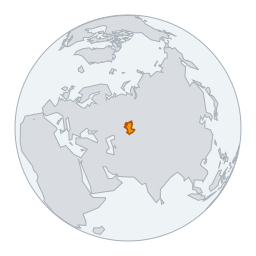 Qostanay highlighted on a globe, orthographic projection
{"feature_id": "KAZ-3196", "entity_name": "Qostanay", "entity_type": "Region", "adm_level": 1, "iso_a3": "KAZ", "parent_name": "Kazakhstan", "parent_adm1": "", "projection": "orthographic", "projection_center": [62.901, 51.427], "detail": "fine", "context": "on_globe", "style": "filled", "palette": "amber", "viewbox_px": 256, "rotation_deg": 0, "n_neighbors": 0, "source": "natural_earth", "source_scale": "10m", "svg_char_len": 12854}
<svg xmlns="http://www.w3.org/2000/svg" viewBox="0 0 256 256"><circle cx="128" cy="128" r="113" fill="#eef3f6" stroke="#a8b0b8"/><path d="M137.2,15.7L138.9,16.0L137.9,17.5L135.3,16.9L135.4,17.5L138.6,18.4L140.8,18.8L145.4,23.9L155.4,29.5L160.8,30.5L157.9,31.1L169.6,32.8L176.5,36.4L167.3,32.9L165.3,33.0L169.3,35.6L168.1,36.3L169.4,38.0L167.6,38.7L162.4,36.8L161.1,37.3L164.0,39.2L164.1,41.2L160.0,38.4L159.7,41.7L150.9,39.7L141.5,32.6L135.2,32.9L121.8,29.6L121.6,30.9L116.4,30.8L114.3,32.3L112.4,31.5L112.4,33.4L114.5,33.9L115.2,35.0L114.1,36.0L111.5,35.0L111.7,34.4L110.4,34.6L109.5,33.8L109.3,34.8L106.3,33.6L107.7,36.2L104.0,36.6L102.4,35.5L104.7,33.6L106.7,27.2L105.8,25.8L102.3,25.6L91.2,29.1L89.4,28.6L85.3,29.3L85.4,30.3L88.6,30.2L87.6,32.5L91.6,32.3L91.8,33.3L95.1,34.0L92.3,36.1L87.8,37.8L85.0,37.3L82.9,38.1L83.8,40.4L76.7,41.8L68.9,46.5L67.3,46.7L67.5,43.4L72.2,38.3L72.6,34.9L70.0,39.4L66.1,40.3L64.5,41.5L63.3,42.9L63.9,43.6L62.1,44.4L63.9,40.1L65.6,39.2L65.0,40.5L67.2,38.3L68.4,35.7L66.3,36.6L70.3,32.5L68.9,33.1L69.0,32.7L71.0,31.9L67.4,33.4L70.7,31.0L78.3,26.9L86.2,23.4L94.4,20.5L102.8,18.2L111.3,16.6L119.9,15.7L128.5,15.4L137.2,15.7ZM141.9,19.0L138.8,18.3L136.3,17.4L139.0,17.8L141.9,19.0ZM146.5,21.4L144.7,21.2L144.8,20.1L145.8,20.6L146.5,21.4ZM164.9,31.2L162.7,30.1L165.3,31.0L164.9,31.2ZM169.9,38.1L170.9,38.3L171.1,39.1L169.9,38.1ZM96.4,32.9L95.7,33.4L95.5,33.0L96.4,32.9ZM98.4,32.7L98.6,31.8L99.5,31.6L99.4,32.2L98.4,32.7ZM168.6,41.0L168.6,42.5L167.7,40.7L168.6,41.0ZM98.0,33.9L101.3,31.4L103.0,31.1L104.0,33.0L98.0,33.9ZM168.0,43.1L168.1,46.8L170.4,47.4L164.0,48.0L166.0,44.5L164.5,42.2L166.6,43.4L168.0,43.1ZM115.6,33.6L113.3,33.2L116.2,32.7L115.6,33.6ZM117.3,33.1L125.3,30.5L128.2,31.8L124.9,32.4L129.4,33.5L126.9,35.5L123.9,35.2L122.5,34.0L122.6,35.7L117.3,33.1ZM160.4,47.9L159.7,48.6L159.5,47.6L160.4,47.9ZM115.7,35.4L117.0,34.6L119.6,35.7L117.4,37.4L117.2,36.5L115.7,35.4ZM131.8,33.0L133.4,34.2L131.8,36.0L132.1,36.8L127.1,35.6L131.8,33.0ZM116.1,36.7L116.2,38.2L114.0,38.6L114.5,36.1L116.1,36.7ZM121.2,35.4L122.3,36.0L121.0,36.2L121.2,35.4ZM106.2,41.2L107.8,40.2L109.3,40.7L106.2,41.2ZM116.3,38.7L117.1,38.6L117.8,38.7L117.4,39.8L116.3,38.7ZM126.3,37.1L125.3,37.7L128.3,37.6L127.2,39.1L124.1,38.1L125.0,39.2L124.6,39.7L122.4,38.4L126.3,37.1ZM119.3,41.2L114.9,40.6L111.7,42.4L110.3,42.0L115.7,39.3L119.3,41.2ZM121.3,39.6L119.7,40.5L118.8,39.5L119.3,38.3L121.3,39.6ZM127.6,40.6L130.1,38.5L130.7,38.8L127.6,40.6ZM118.5,41.9L119.6,42.0L118.4,42.1L118.5,41.9ZM125.0,41.1L125.8,40.3L126.5,40.7L125.0,41.1ZM121.1,43.0L119.7,42.8L120.0,41.9L121.1,43.0ZM123.1,42.3L123.8,43.0L120.9,41.7L123.3,41.9L123.1,42.3ZM125.5,41.6L126.2,41.6L125.1,41.9L125.5,41.6ZM120.8,46.4L117.2,45.1L117.8,43.1L121.3,44.7L120.8,46.4ZM56.1,214.7L53.8,212.8L43.8,200.9L44.5,198.8L43.1,194.8L36.8,181.0L38.0,177.0L36.7,173.2L33.8,170.6L32.5,166.0L30.8,163.8L21.9,151.4L20.2,142.8L20.5,124.2L22.9,122.1L25.1,116.2L42.8,112.8L44.5,117.9L56.1,127.1L57.2,129.4L53.7,133.4L60.6,147.5L65.5,145.4L74.0,154.6L81.0,157.8L87.3,149.2L75.8,143.8L76.0,137.9L86.9,138.0L97.3,142.8L97.7,140.7L93.0,133.7L97.2,131.1L91.5,131.0L92.4,133.8L88.9,134.0L87.9,131.4L89.4,130.5L86.8,128.2L80.2,133.5L80.4,136.9L72.4,133.9L72.0,139.4L69.2,140.3L68.8,131.4L70.3,129.0L68.0,117.4L65.7,119.5L67.8,130.8L66.3,129.0L63.3,132.3L64.4,128.4L62.8,115.9L56.9,112.4L46.1,115.8L43.3,113.2L42.4,107.9L49.6,99.7L55.0,106.7L57.6,104.2L59.3,97.5L60.8,100.3L62.2,98.6L64.5,101.0L70.5,99.7L73.3,101.7L78.3,96.9L80.4,97.4L76.8,100.0L75.9,103.1L83.1,108.2L85.3,107.9L87.9,104.4L89.6,106.4L91.3,102.5L96.7,103.7L91.4,99.0L94.4,95.1L99.1,93.7L99.2,91.7L91.5,94.0L89.3,95.8L88.9,98.7L82.0,103.2L79.0,102.4L82.6,94.7L78.6,92.9L83.2,88.0L101.1,84.0L107.3,84.9L111.9,94.5L109.0,96.4L105.9,93.9L106.3,99.9L107.4,97.6L108.8,99.4L112.0,96.5L113.2,97.6L114.3,93.0L116.0,94.0L115.3,96.9L121.5,93.9L125.8,95.3L126.7,94.1L126.4,92.4L132.1,95.5L132.5,94.5L130.8,93.1L130.4,90.1L132.0,86.3L133.9,87.6L133.6,89.2L135.7,94.5L134.6,98.7L135.5,98.8L137.0,95.6L134.3,89.0L134.8,86.3L136.5,89.2L135.9,87.9L136.7,87.1L139.3,87.4L137.6,84.2L143.9,73.4L149.5,73.4L150.3,77.0L156.7,71.5L162.5,72.4L160.9,70.9L162.8,67.7L161.1,67.4L160.4,66.5L164.7,58.6L167.2,57.9L167.2,53.4L166.4,52.7L164.6,52.9L164.0,48.0L170.4,47.4L171.9,48.9L174.9,47.7L178.0,51.4L181.9,54.0L183.6,59.1L186.5,60.9L187.4,60.3L192.0,62.5L198.7,69.7L189.6,66.7L178.9,57.5L183.0,61.4L180.9,61.5L181.7,63.5L184.7,66.3L185.7,66.0L184.9,76.2L189.9,86.2L192.2,82.6L195.6,83.2L203.3,92.6L206.2,112.1L210.8,114.0L212.3,116.7L211.2,120.7L208.9,116.8L206.1,117.4L205.0,114.7L202.5,120.1L200.7,116.5L199.6,122.6L202.1,124.4L205.0,120.8L204.8,127.9L210.2,129.7L212.9,135.0L210.9,149.7L205.8,157.4L205.9,159.3L202.8,159.2L200.3,164.9L207.4,170.7L207.8,173.4L202.9,181.9L202.5,180.2L194.2,180.0L193.9,186.8L200.2,188.3L202.4,192.5L198.0,193.5L195.6,189.8L192.7,189.6L192.7,184.0L188.7,177.2L184.2,180.9L183.8,177.4L177.6,172.2L170.8,177.1L160.4,189.6L160.3,198.2L156.2,202.7L148.0,191.9L145.7,183.3L141.9,184.5L134.2,177.2L118.3,176.5L116.8,173.8L113.6,174.7L108.4,171.5L106.4,167.0L102.9,166.6L108.2,178.3L112.1,178.7L116.5,175.1L117.2,179.0L122.4,182.7L113.7,190.6L91.5,193.7L90.7,186.8L80.9,163.4L82.0,161.4L82.0,161.1L82.0,160.6L79.7,163.6L78.4,158.9L82.2,175.1L82.2,181.0L91.1,194.0L89.9,194.6L93.2,197.5L105.5,197.7L105.3,199.7L98.6,207.6L82.9,214.1L85.8,221.1L86.0,225.5L78.1,224.9L80.6,228.0L76.8,227.0L77.8,228.1L75.7,227.6L73.0,226.3L64.3,220.9L56.1,214.7ZM34.4,118.5L33.4,120.1L34.4,118.5ZM106.9,153.0L114.0,154.8L113.2,147.6L115.9,147.8L114.7,145.4L113.1,147.1L110.5,140.5L114.4,139.2L114.8,136.1L112.4,135.4L105.6,138.9L109.4,148.2L106.7,150.5L106.9,153.0ZM66.0,40.6L65.8,40.9L64.4,42.4L64.5,41.7L66.0,40.6ZM61.3,49.2L58.5,50.5L60.6,49.0L60.2,48.2L64.2,44.3L66.7,46.6L64.9,46.2L61.3,49.2ZM70.2,40.1L67.4,42.1L70.3,39.8L70.2,40.1ZM67.3,87.2L67.2,89.4L65.0,90.8L61.5,88.8L64.6,86.8L67.3,87.2ZM67.6,92.4L72.1,85.6L74.5,86.7L72.4,87.2L73.5,88.6L70.4,89.8L68.2,97.8L66.1,99.5L60.8,94.6L63.7,95.1L63.6,92.8L67.6,92.4ZM79.5,68.2L81.5,65.8L84.1,71.3L81.9,72.9L78.3,70.9L78.7,67.8L79.5,68.2ZM99.2,38.0L99.8,37.1L100.5,37.3L100.5,38.2L99.2,38.0ZM106.9,40.7L97.3,42.3L97.5,41.3L91.6,43.7L89.9,42.0L93.7,40.5L88.0,41.2L90.8,39.1L86.8,39.9L95.6,36.6L97.9,35.0L96.0,37.4L97.5,38.9L98.9,39.1L104.4,38.4L110.0,35.9L112.5,37.2L112.7,38.8L111.7,39.6L110.4,38.4L110.0,40.3L107.4,39.3L106.9,40.7ZM113.8,59.5L112.8,57.4L111.5,62.0L108.9,60.6L108.9,61.3L106.2,61.3L102.9,62.5L102.1,61.6L101.2,62.5L99.3,62.6L97.8,63.6L95.7,62.3L93.7,63.4L93.8,62.2L90.9,64.4L92.1,62.2L89.9,62.3L89.8,64.4L82.4,56.1L78.2,54.6L74.1,54.8L76.8,51.2L82.5,48.8L89.0,47.8L92.6,49.9L93.2,48.0L95.1,48.4L93.8,49.7L96.9,48.0L98.1,48.8L104.0,48.5L107.6,45.8L109.9,45.7L109.0,47.2L111.8,46.1L111.8,48.9L113.4,48.9L114.9,51.8L112.4,54.7L114.4,54.5L115.7,56.8L113.8,59.5ZM121.2,47.3L118.7,50.8L116.1,51.9L114.5,46.5L113.1,46.1L112.0,42.9L115.8,41.5L115.8,42.5L116.6,43.2L115.1,43.3L116.9,43.7L117.0,45.2L118.4,45.9L117.2,46.8L121.2,47.3ZM59.8,128.9L60.9,130.1L62.9,131.4L61.0,133.6L59.8,128.9ZM58.5,120.4L59.7,121.0L58.1,124.5L56.9,123.3L58.5,120.4ZM61.8,118.4L59.9,120.7L60.2,118.8L61.8,118.4ZM78.1,100.4L79.5,100.9L79.1,101.9L77.7,102.7L78.1,100.4ZM109.6,73.6L109.4,72.1L110.2,71.8L112.0,68.5L114.0,69.4L113.7,71.7L109.6,73.6ZM84.6,150.0L81.7,151.0L81.0,149.6L82.1,149.5L84.6,150.0ZM70.2,142.4L72.8,145.5L69.7,143.0L70.2,142.4ZM112.1,74.0L112.6,72.5L113.4,73.9L112.1,74.0ZM115.6,69.9L116.7,71.2L114.5,69.1L115.6,69.9ZM104.6,229.4L100.2,234.4L95.0,233.2L92.9,231.2L93.8,227.8L99.4,227.9L101.9,226.3L104.6,229.4ZM220.2,188.1L222.0,186.3L221.8,186.6L220.2,188.1ZM218.3,189.3L220.6,187.0L217.8,190.3L218.3,189.3ZM221.4,186.1L223.6,183.1L224.6,181.5L224.3,182.3L221.4,186.1ZM216.8,190.9L207.4,198.8L203.5,200.9L204.6,199.1L211.0,194.6L216.8,190.9ZM204.3,199.3L198.0,200.3L188.1,195.3L191.7,193.8L201.8,194.4L201.2,195.8L205.0,195.8L204.3,199.3ZM218.7,182.0L218.0,185.5L213.1,189.7L210.7,191.2L209.1,188.6L210.0,185.8L212.0,184.3L218.7,170.6L221.3,170.0L219.5,175.2L221.5,176.0L218.7,182.0ZM160.9,198.9L163.9,202.9L161.6,204.3L160.9,198.9ZM220.6,162.6L218.5,168.7L220.2,161.7L220.6,162.6ZM221.2,156.7L221.7,158.3L220.3,157.8L221.2,156.7ZM206.6,161.9L204.5,164.0L204.1,162.7L206.5,159.4L206.6,161.9ZM214.9,139.5L216.3,143.5L216.4,145.2L214.8,143.7L214.9,139.5ZM130.5,80.7L125.7,84.1L123.6,87.5L124.5,90.7L121.1,87.8L124.3,82.6L130.5,80.7ZM142.0,74.1L141.2,71.6L142.9,71.8L143.3,72.5L142.0,74.1ZM140.6,73.2L137.0,71.8L137.3,69.8L140.1,71.3L140.6,73.2ZM124.4,72.6L122.8,73.6L122.3,72.4L124.4,72.6ZM205.8,209.5L206.0,209.3L206.8,208.4L208.7,206.2L217.9,195.7L225.1,184.3L228.0,179.8L231.5,171.9L233.7,166.8L233.1,168.5L229.9,176.1L226.1,183.4L221.7,190.5L216.9,197.2L211.6,203.5L205.8,209.5ZM224.5,183.1L227.3,177.8L228.5,175.9L224.5,183.1ZM237.0,156.6L235.5,161.2L236.3,158.4L236.3,157.3L233.6,163.0L233.1,162.9L234.3,159.7L232.1,162.7L234.5,157.5L235.3,158.5L236.5,153.6L238.1,149.3L239.2,145.4L239.5,144.3L237.0,156.6ZM234.0,163.7L234.4,162.9L233.9,164.4L234.0,163.7ZM229.2,170.2L229.0,171.2L228.3,171.7L229.2,170.2ZM230.2,168.3L232.2,165.7L229.9,169.3L230.2,168.3ZM222.8,175.3L223.5,176.3L226.0,172.2L224.1,176.2L225.5,177.3L224.8,179.1L223.5,177.7L222.6,181.8L221.5,183.0L221.1,180.8L222.4,175.9L223.5,173.1L227.7,167.1L222.8,175.3ZM230.2,166.0L229.6,164.7L230.0,162.5L230.7,162.7L230.2,166.0ZM227.4,161.6L225.3,161.1L223.8,164.2L226.5,156.2L228.1,158.0L227.4,161.6ZM225.0,157.4L223.6,160.2L224.8,156.0L225.0,157.4ZM223.1,159.7L222.5,157.9L223.8,156.7L223.1,159.7ZM225.8,156.5L225.4,152.7L226.4,153.9L225.8,156.5ZM220.8,154.0L224.3,154.2L220.5,156.8L218.4,150.2L219.9,148.3L220.8,154.0ZM217.1,115.3L215.7,113.6L216.5,111.4L217.3,113.2L217.1,115.3ZM217.9,103.3L216.3,110.3L214.8,116.1L216.1,115.9L217.4,120.3L214.3,118.8L214.1,112.2L215.6,108.4L214.0,105.0L214.1,100.7L211.4,97.4L210.8,94.8L213.7,96.7L217.9,103.3ZM210.1,96.2L205.4,89.6L207.8,87.2L209.4,88.1L210.5,92.1L209.2,93.1L210.1,96.2ZM205.0,87.3L203.7,88.3L194.0,81.9L192.6,80.0L201.2,83.3L200.4,84.5L202.3,86.5L205.0,87.3ZM160.8,49.1L159.8,48.7L160.9,48.5L160.8,49.1ZM159.4,66.4L158.8,65.1L160.1,64.9L159.4,66.4ZM157.7,61.6L156.6,62.8L157.0,61.0L157.7,61.6ZM154.4,65.5L155.8,63.0L155.6,66.2L154.4,65.5Z" fill="#d9dde1" stroke="#a8b0b8" stroke-width="1"/><path d="M131.5,121.7L131.8,122.3L131.7,122.3L131.8,122.4L131.9,122.5L132.0,122.6L131.7,122.8L131.6,123.0L131.8,123.2L131.9,123.4L131.9,123.6L131.8,123.8L132.0,123.9L132.0,124.1L132.0,124.3L132.2,124.5L131.9,124.7L131.8,124.8L131.9,125.0L131.9,125.3L131.8,125.7L131.8,126.0L131.8,126.4L131.7,126.6L131.6,127.0L131.4,127.2L131.2,127.3L131.3,127.6L131.3,127.9L131.3,128.0L131.2,128.3L131.2,128.5L131.5,128.8L131.5,129.2L131.8,129.0L132.0,129.0L132.3,129.3L132.5,129.4L132.9,129.5L133.3,129.4L133.4,129.5L133.4,129.8L133.6,130.0L133.7,129.9L133.9,129.8L134.2,129.7L134.4,129.7L134.5,129.6L134.7,129.9L134.5,130.1L134.2,130.2L134.1,130.3L134.1,130.5L133.9,130.9L133.1,131.8L132.8,132.0L132.6,132.2L132.2,132.7L131.9,132.7L131.8,132.8L131.7,133.0L131.4,133.0L130.8,133.0L130.4,133.1L130.2,133.4L130.1,133.5L130.0,133.8L129.7,133.9L129.7,134.1L129.4,134.4L129.0,133.8L128.2,133.4L128.2,133.2L127.9,133.1L127.7,133.0L127.4,132.7L127.3,132.4L127.2,132.4L127.3,132.3L127.5,132.3L127.2,131.9L127.3,131.7L127.4,131.4L127.6,131.3L127.6,131.1L127.8,131.0L128.0,131.0L128.0,130.8L127.7,130.4L127.5,129.9L127.4,129.5L127.3,129.4L127.3,129.1L127.2,128.9L127.1,128.6L126.9,128.7L126.8,128.4L126.7,128.2L126.7,128.3L126.4,128.3L126.4,128.2L126.2,128.0L126.2,127.9L125.9,127.9L125.7,127.9L125.6,127.7L125.1,127.6L124.9,127.5L124.9,127.4L125.0,127.4L125.1,127.2L124.8,127.1L124.7,127.0L124.5,126.9L124.9,126.6L125.0,126.6L125.3,126.5L125.4,126.4L125.6,126.4L125.7,126.2L125.8,126.2L125.7,126.1L125.7,125.9L125.5,125.7L125.4,125.6L125.4,125.4L125.5,125.3L125.6,125.2L125.8,125.0L125.7,124.9L125.8,124.9L126.0,124.9L126.3,124.9L126.4,125.0L126.5,125.0L126.5,124.9L126.6,125.0L126.7,124.9L126.8,125.0L127.0,125.0L127.0,124.9L127.1,124.7L126.7,124.6L126.5,124.4L126.4,124.5L126.2,124.4L125.9,124.2L126.0,124.1L126.0,123.9L126.2,124.0L126.3,124.0L126.3,123.9L126.4,123.7L126.2,123.7L126.1,123.8L125.9,123.8L125.9,123.7L125.7,123.7L125.8,123.6L125.9,123.4L126.0,123.3L126.0,123.2L125.9,123.2L126.0,123.0L126.0,122.9L126.3,122.8L126.4,123.0L126.5,123.0L126.5,122.9L126.7,123.0L126.7,122.9L126.8,122.9L126.8,123.0L127.0,123.1L127.0,122.9L127.4,122.9L127.5,122.9L127.5,123.0L127.4,123.0L127.5,123.1L127.6,122.9L127.8,122.8L128.0,122.8L128.3,122.7L128.2,122.7L128.3,122.6L128.5,122.6L128.9,122.4L129.0,122.4L129.0,122.5L129.3,122.5L129.3,122.4L129.2,122.4L129.3,122.3L129.5,122.3L129.6,122.2L129.6,122.3L129.8,122.2L130.0,122.2L130.0,122.3L130.2,122.2L130.3,122.1L130.5,122.3L130.6,122.2L130.6,121.9L130.8,121.8L130.9,121.7L131.0,121.7L131.3,121.7L131.5,121.5L131.5,121.7Z" fill="#f59e0b" stroke="#b45309" stroke-width="1.5"/></svg>